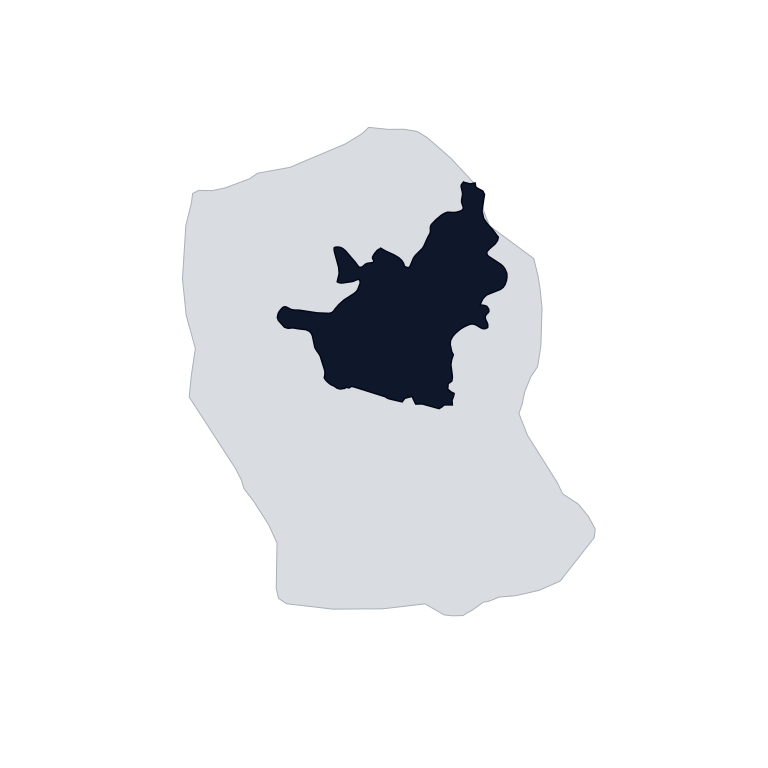 location of Thaba-Tseka within Lesotho, rotated 297°
{"feature_id": "LSO-1215", "entity_name": "Thaba-Tseka", "entity_type": "District", "adm_level": 1, "iso_a3": "LSO", "parent_name": "Lesotho", "parent_adm1": "", "projection": "natural_earth1", "projection_center": [28.641, -29.5], "detail": "fine", "context": "in_parent", "style": "filled", "palette": "ink", "viewbox_px": 768, "rotation_deg": 297, "n_neighbors": 0, "source": "natural_earth", "source_scale": "10m", "svg_char_len": 3977}
<svg xmlns="http://www.w3.org/2000/svg" viewBox="0 0 768 768"><g transform="rotate(297 384 384)"><path d="M489.7,506.2L471.2,512.4L468.7,512.9L456.8,511.5L441.0,512.9L428.6,516.3L419.0,517.6L403.3,535.3L374.9,583.0L367.3,593.0L365.2,611.8L358.6,626.6L350.5,638.2L342.6,641.0L318.8,636.4L288.4,630.4L270.7,616.0L254.9,597.1L246.5,583.4L237.8,575.8L234.8,571.6L222.4,565.2L217.7,561.9L213.6,559.6L208.6,550.4L205.6,542.5L206.7,520.3L197.9,507.1L182.9,484.6L173.4,466.1L160.3,440.9L152.3,419.4L144.0,397.0L145.1,387.4L152.9,380.8L175.9,369.6L193.7,360.9L206.4,344.9L220.3,321.2L227.1,306.9L233.9,300.3L241.2,290.2L254.1,267.9L268.5,243.1L283.9,216.4L303.4,208.7L330.0,199.8L355.5,176.5L386.0,156.8L435.2,135.5L458.2,130.1L466.9,127.0L472.4,131.0L478.3,143.2L486.6,153.4L506.0,171.2L514.3,175.5L534.3,201.8L555.7,219.8L580.4,240.6L597.2,250.9L605.7,253.8L612.8,272.2L619.9,285.8L624.0,298.6L623.1,311.1L615.3,341.6L603.9,372.8L594.8,385.7L583.7,393.9L572.8,406.2L568.6,431.2L563.7,460.6L549.5,472.7L538.5,480.6L523.3,490.4L489.7,506.2Z" fill="#d9dde1" stroke="#a8b0b8" stroke-width="1"/><path d="M600.1,363.1L600.1,364.1L601.5,370.1L604.5,373.9L601.1,376.4L600.8,380.3L600.8,384.4L598.5,387.5L582.7,392.7L576.7,397.7L573.4,403.9L570.8,411.0L567.0,418.5L566.9,419.1L563.7,420.0L559.5,419.5L552.6,416.7L548.4,415.6L546.4,416.8L545.3,418.7L543.6,434.0L542.8,436.8L541.4,439.6L538.2,443.3L535.1,445.0L531.8,446.1L527.6,446.7L524.3,446.3L521.3,444.9L510.3,435.3L507.5,434.1L504.5,433.4L500.3,433.5L498.4,434.0L498.1,434.0L499.4,437.1L499.9,440.2L498.3,443.3L496.2,444.5L494.3,444.3L492.4,443.6L490.4,443.5L488.4,444.5L487.0,446.0L485.7,447.8L484.2,449.4L481.6,450.7L480.7,450.3L479.5,449.3L478.6,448.0L478.1,446.4L478.0,444.4L478.4,439.6L478.2,437.4L477.6,435.5L476.6,433.9L475.1,432.4L471.3,429.4L467.4,427.0L461.6,424.6L457.5,423.6L454.8,423.5L452.8,423.6L449.3,425.0L443.5,429.7L441.5,432.5L436.1,433.3L431.4,434.9L426.1,438.6L421.1,441.9L417.4,443.1L413.4,441.0L408.4,443.1L407.4,447.1L407.4,450.8L404.4,451.6L400.4,452.0L396.4,454.4L394.4,450.4L392.7,447.1L389.7,445.9L387.1,444.3L386.7,442.5L383.6,427.2L380.5,421.3L385.7,414.6L380.7,409.0L376.3,408.3L373.2,395.7L372.9,393.5L373.2,390.9L367.8,358.6L367.3,356.7L366.6,355.6L364.9,354.9L364.4,353.9L364.1,352.6L363.7,351.6L362.4,351.0L361.8,350.4L361.2,349.3L360.0,347.9L359.4,346.3L359.0,344.1L359.5,340.4L359.3,338.0L359.5,335.7L360.0,333.5L360.7,331.1L361.7,329.0L362.8,327.7L364.4,327.5L367.0,326.4L369.0,325.2L380.2,314.2L382.2,310.8L382.8,309.5L384.5,306.6L385.5,305.5L394.5,298.3L396.1,296.2L397.1,293.7L397.0,289.8L394.2,282.4L393.1,278.7L392.5,277.1L391.7,275.8L390.1,273.3L389.4,269.6L392.7,261.1L394.8,258.8L397.1,258.1L399.2,257.7L401.2,257.8L404.5,258.5L406.0,259.0L407.3,259.8L408.1,261.2L408.3,262.9L408.2,265.1L408.3,267.6L409.0,270.1L411.4,275.2L417.0,292.1L422.1,303.2L424.1,305.2L426.4,306.1L428.4,306.3L434.2,307.7L440.9,310.3L451.1,316.3L454.1,317.5L456.3,317.7L462.4,317.1L464.0,316.5L465.2,315.6L465.8,314.7L465.6,313.8L464.7,312.6L462.4,310.7L461.0,309.4L455.2,301.2L454.3,299.5L454.0,298.6L453.8,295.9L462.0,293.9L467.3,290.7L479.2,279.9L481.4,278.3L482.9,277.8L484.0,278.8L485.0,280.5L485.9,283.0L486.0,285.5L485.3,288.9L479.4,303.3L477.3,307.3L476.8,308.9L477.5,310.7L479.4,311.9L482.3,313.0L484.0,314.4L487.0,318.7L488.3,319.4L489.4,318.8L490.1,317.6L490.8,316.7L492.0,316.2L494.2,316.2L496.6,316.5L500.0,317.3L501.5,318.1L502.4,319.0L503.5,319.3L503.2,324.5L503.6,334.8L503.2,339.9L502.2,343.6L500.5,346.5L497.8,349.2L498.2,350.0L498.2,350.9L498.3,351.8L499.1,353.4L500.5,353.8L509.6,353.1L512.9,353.6L522.3,356.7L525.0,356.9L535.1,356.4L537.5,356.6L539.5,356.5L541.4,355.9L544.4,354.3L546.0,353.8L547.9,353.9L554.4,355.9L560.5,358.5L563.8,360.6L566.0,362.7L568.3,367.9L569.9,370.5L572.7,373.5L574.2,374.6L576.1,375.0L577.2,374.6L581.0,370.8L583.0,369.7L588.7,367.9L590.0,367.1L594.9,363.1L595.8,362.7L596.7,362.5L600.1,363.1L600.1,363.1Z" fill="#0f172a" stroke="#020617" stroke-width="1.5"/></g></svg>